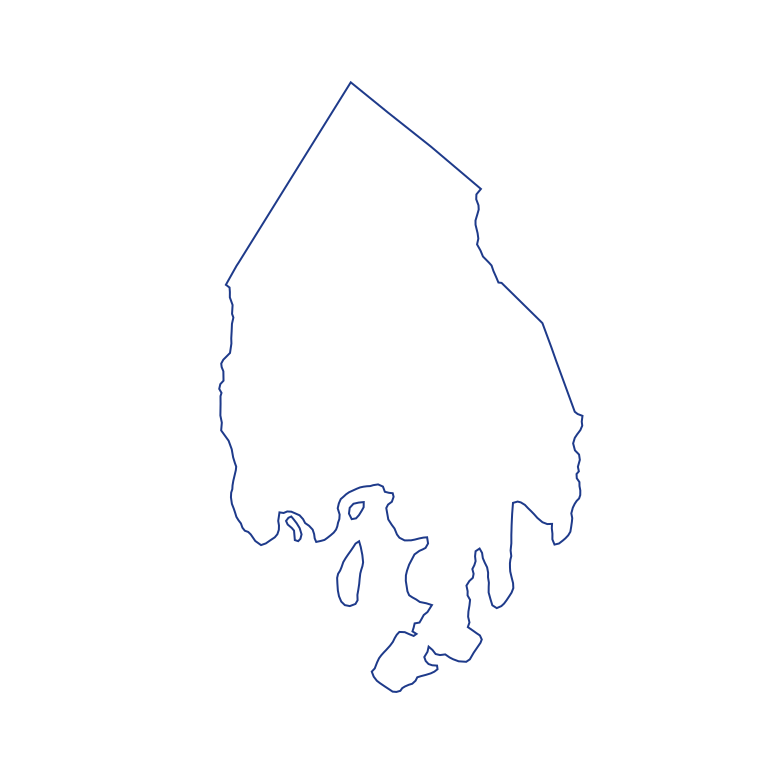 the district of Augusto Corrêa, Pará, Brazil, rotated 163°
{"feature_id": "56859067B74393443468335", "entity_name": "Augusto Corrêa", "entity_type": "district", "adm_level": 2, "iso_a3": "BRA", "parent_name": "Brazil", "parent_adm1": "Pará", "projection": "natural_earth1", "projection_center": [-46.475, -1.101], "detail": "fine", "context": "isolated", "style": "outline", "palette": "blue", "viewbox_px": 768, "rotation_deg": 163, "n_neighbors": 0, "source": "geoboundaries", "source_scale": "gbopen_adm2", "svg_char_len": 4708}
<svg xmlns="http://www.w3.org/2000/svg" viewBox="0 0 768 768"><g transform="rotate(163 384 384)"><path d="M561.4,288.0L560.0,284.4L557.1,282.2L555.4,279.1L554.2,275.3L553.0,271.5L548.7,265.9L543.6,266.1L538.0,267.9L533.3,269.3L529.9,271.5L527.2,275.3L525.8,279.4L525.2,284.0L523.1,288.4L521.5,291.8L517.7,290.0L513.8,290.4L510.0,289.0L506.9,286.4L503.1,283.1L500.9,278.4L500.1,274.1L497.1,270.3L494.8,265.6L494.7,260.9L495.4,256.7L495.0,252.8L490.4,252.4L486.5,252.3L483.2,253.4L479.1,255.0L475.5,256.6L472.4,258.8L470.3,261.5L468.5,264.8L466.2,267.9L464.6,272.1L464.6,278.7L462.1,283.0L459.0,286.6L455.4,288.2L452.5,289.6L449.0,290.7L445.2,291.2L440.7,291.8L437.2,292.1L433.7,291.8L430.2,291.2L427.0,290.4L423.8,290.4L419.0,289.7L415.0,286.2L414.7,280.7L411.1,278.5L407.6,277.0L407.8,273.3L410.9,269.1L415.4,267.5L418.1,264.7L419.5,253.2L417.8,247.2L416.2,242.7L415.6,236.3L414.2,232.5L410.0,228.4L403.9,226.6L400.0,226.2L395.4,226.0L391.3,225.6L387.6,224.8L388.5,218.6L392.2,215.1L395.4,214.5L398.9,214.1L404.7,212.1L412.8,203.9L416.6,198.7L419.0,194.6L420.7,189.4L422.2,178.9L421.7,174.6L419.3,171.7L416.2,168.5L413.5,165.1L407.6,161.9L402.8,158.6L409.1,153.2L413.5,151.5L417.2,147.9L419.8,145.5L424.7,146.1L426.9,142.3L429.1,139.1L426.0,135.5L429.3,134.4L432.8,137.2L436.7,140.6L441.8,142.4L445.1,140.5L448.0,137.9L450.9,134.8L454.7,132.0L459.7,129.0L462.6,127.4L465.9,125.4L468.9,123.2L472.0,119.8L476.0,114.7L479.8,112.5L479.4,107.1L477.6,102.3L475.4,99.2L471.7,94.6L468.3,90.5L465.7,87.3L462.2,85.9L458.1,85.8L455.5,87.8L452.5,88.6L448.3,89.1L444.6,89.1L440.6,91.0L437.9,93.8L433.8,93.8L429.1,93.6L423.9,93.6L419.9,94.2L416.2,95.6L415.6,99.2L420.1,100.9L423.3,103.2L425.1,106.9L425.3,111.1L420.7,115.2L418.1,119.8L415.4,115.5L413.6,110.7L409.7,108.4L404.5,107.5L401.2,103.3L398.4,100.6L393.7,97.0L386.6,94.3L382.4,95.6L376.7,100.9L371.8,104.8L367.4,108.3L365.2,111.1L365.8,115.5L368.4,118.7L371.0,122.1L374.9,127.0L372.0,131.0L371.6,136.8L369.8,141.7L367.0,147.3L364.8,152.4L365.9,157.4L364.6,161.4L364.1,167.1L359.9,170.7L355.7,172.7L353.8,176.3L353.6,181.2L350.6,184.3L348.2,187.8L347.3,192.6L345.3,197.3L340.7,198.7L339.6,193.8L340.4,188.6L339.9,183.9L339.0,178.5L339.6,173.1L341.0,168.9L341.8,163.3L343.2,159.4L344.9,154.0L345.1,146.8L345.1,140.7L341.7,136.7L336.7,137.3L333.4,138.9L330.1,141.3L326.3,144.4L323.0,147.2L320.0,151.0L318.8,155.8L318.5,162.0L318.1,167.8L317.2,171.6L316.0,175.7L314.5,179.1L312.6,182.2L311.6,187.8L308.8,194.4L306.4,202.3L304.9,206.7L303.3,211.5L301.2,217.4L299.4,222.4L295.4,232.6L290.6,232.5L287.8,230.8L284.6,227.2L282.5,223.0L280.5,219.4L278.6,215.7L276.5,211.1L272.9,205.5L268.8,202.3L264.2,201.1L265.7,197.0L266.7,191.6L268.4,186.2L267.9,180.6L263.3,180.3L258.8,182.0L255.6,183.4L252.1,185.4L249.0,188.2L246.9,192.4L244.6,197.3L243.2,200.7L242.7,205.5L239.6,210.5L236.6,213.7L233.9,215.9L230.9,217.5L228.8,220.4L227.4,224.8L226.9,229.2L225.8,233.1L227.2,237.5L226.2,241.6L223.2,243.5L222.8,248.1L218.9,254.2L218.1,259.5L220.8,264.7L220.5,271.9L217.3,276.7L214.0,279.4L209.7,282.5L206.6,286.2L205.9,290.2L203.5,295.5L207.6,298.7L209.7,301.7L211.8,340.9L212.6,355.4L213.2,369.7L214.7,395.9L242.0,446.3L244.9,447.6L245.5,453.6L246.3,460.0L246.5,465.9L248.2,469.5L252.1,477.0L252.7,483.4L254.2,490.3L251.3,495.4L250.4,500.9L249.9,509.5L248.7,513.6L245.1,519.0L242.4,523.2L241.4,527.3L241.8,533.7L240.2,538.3L234.3,542.2L269.6,597.1L300.9,642.5L327.6,682.2L396.4,622.2L421.0,600.7L480.4,548.8L487.5,542.6L490.4,540.2L506.2,525.1L503.5,521.4L504.5,517.0L506.1,511.9L505.7,503.8L508.8,495.5L508.6,491.6L511.8,486.0L514.3,478.9L516.7,472.4L518.1,467.3L522.2,458.7L530.6,454.2L533.7,451.1L534.3,447.6L533.9,443.1L536.5,434.1L540.6,431.7L543.0,427.5L542.0,423.0L543.9,420.2L546.1,412.8L549.7,401.7L550.4,394.4L553.3,387.2L549.2,375.2L548.7,366.1L549.7,358.0L549.7,352.2L549.5,348.2L550.9,344.9L553.7,340.1L556.4,335.5L558.5,331.3L559.8,327.8L561.9,324.8L563.5,320.4L564.5,313.8L564.1,308.6L564.0,304.1L564.0,300.1L563.0,296.3L561.6,292.5L561.4,288.0ZM457.9,239.7L461.2,236.9L464.3,234.4L468.1,231.5L471.7,228.6L475.0,225.6L478.2,221.2L480.5,218.4L483.4,215.9L485.5,212.3L486.9,206.9L488.5,200.0L489.1,194.2L488.5,188.4L486.1,184.0L481.6,181.6L475.6,182.0L472.5,184.9L471.1,190.1L468.8,194.6L466.2,200.0L464.2,204.9L462.1,209.7L460.0,213.1L457.9,216.1L456.1,219.6L454.7,226.9L453.9,234.9L453.8,240.9L457.9,239.7ZM453.0,275.6L455.4,270.3L454.4,264.2L450.0,263.7L446.3,265.9L442.3,269.4L439.5,272.1L437.9,277.0L442.9,278.0L448.2,278.4L453.0,275.6ZM514.5,284.0L517.7,281.7L517.2,277.8L514.3,273.3L512.9,270.1L514.9,260.8L512.0,258.8L509.2,260.4L506.8,264.3L506.8,270.8L508.2,276.3L509.9,280.8L511.4,284.4L514.5,284.0Z" fill="none" stroke="#1e3a8a" stroke-width="2"/></g></svg>